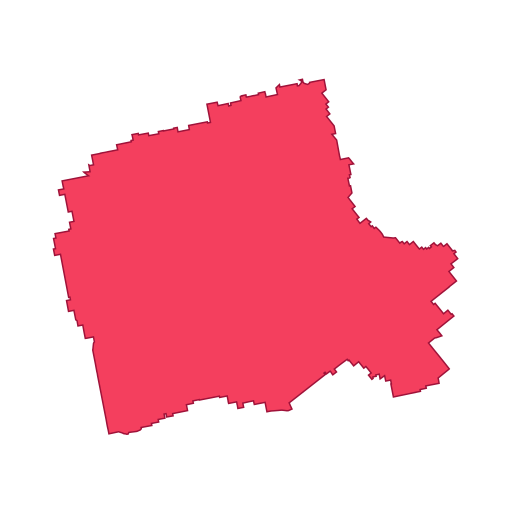 Quairading, Western Australia, Australia, rotated 169°
{"feature_id": "25037944B17943761568072", "entity_name": "Quairading", "entity_type": "district", "adm_level": 2, "iso_a3": "AUS", "parent_name": "Australia", "parent_adm1": "Western Australia", "projection": "orthographic", "projection_center": [117.41, -32.015], "detail": "fine", "context": "isolated", "style": "filled", "palette": "rose", "viewbox_px": 512, "rotation_deg": 169, "n_neighbors": 0, "source": "geoboundaries", "source_scale": "gbopen_adm2", "svg_char_len": 5712}
<svg xmlns="http://www.w3.org/2000/svg" viewBox="0 0 512 512"><g transform="rotate(169 256 256)"><path d="M155.5,416.2L170.2,416.2L170.2,415.7L171.1,415.1L172.7,414.6L175.8,416.3L176.7,417.8L176.7,420.6L179.6,420.5L178.1,419.3L178.1,417.7L178.5,417.5L178.8,417.0L181.4,415.0L182.9,415.1L182.8,417.3L200.3,417.3L200.3,419.8L204.3,417.2L204.1,410.4L215.8,410.2L215.8,411.8L215.8,413.1L215.8,413.6L216.0,414.7L216.0,415.6L222.7,415.4L222.7,413.9L227.1,413.8L227.3,413.9L228.5,413.9L229.6,413.9L230.4,413.8L232.0,413.8L232.5,413.8L233.1,413.8L234.3,413.8L235.2,413.9L235.2,416.1L239.3,416.0L239.3,415.7L240.8,415.7L241.0,415.4L241.1,415.0L241.2,414.6L241.1,411.4L251.8,411.1L251.8,408.6L254.2,408.5L254.2,411.0L264.6,410.8L264.8,414.4L275.2,414.4L275.2,395.8L278.2,395.8L278.2,397.0L297.2,397.0L297.3,392.8L308.9,392.8L308.8,397.2L312.4,397.2L312.4,396.4L321.6,396.4L322.2,396.4L323.0,396.4L323.0,396.8L328.1,396.8L328.1,394.5L338.3,394.6L338.3,397.2L348.2,397.3L348.2,398.8L354.6,398.8L354.5,396.8L354.5,393.2L356.6,393.2L356.6,391.9L371.6,391.8L371.5,386.6L389.0,386.6L389.0,386.4L398.1,386.4L398.1,376.5L401.8,376.5L402.7,377.3L402.8,370.5L402.8,370.4L407.0,370.9L408.5,371.1L409.0,371.2L408.6,370.6L405.1,366.7L407.2,366.7L426.5,366.7L432.0,366.7L432.0,361.2L431.9,361.2L431.9,358.5L437.3,358.6L437.3,353.0L431.9,353.0L431.9,347.6L431.9,343.8L431.9,335.0L428.1,335.0L428.1,324.7L432.6,324.7L432.6,317.9L434.7,317.9L434.7,316.2L449.0,316.3L449.0,311.8L451.4,311.8L451.4,301.4L453.5,301.5L453.5,295.0L447.6,295.0L447.7,273.9L447.8,251.3L447.8,251.1L446.5,251.1L446.5,248.4L450.5,248.4L450.6,237.4L445.1,237.4L445.1,233.2L445.1,231.9L445.1,230.9L445.1,229.5L445.1,227.9L445.0,227.7L444.9,227.5L444.7,227.4L444.6,227.2L444.4,227.1L444.2,226.9L444.1,226.7L444.0,226.4L444.1,221.3L439.2,221.3L439.3,213.5L439.3,213.3L439.3,213.1L439.3,212.8L439.3,212.6L439.3,212.4L439.3,211.2L439.3,207.7L436.9,207.6L431.3,207.6L431.0,207.6L431.0,202.5L431.4,202.2L431.9,201.7L432.0,201.5L432.2,201.2L432.3,200.8L432.9,198.9L433.7,196.2L434.1,195.1L434.2,194.8L434.2,194.5L434.2,194.1L434.2,193.7L434.2,193.4L434.2,191.8L434.2,191.1L434.2,181.0L434.3,172.8L434.2,171.1L434.3,168.7L434.3,165.5L434.3,164.4L434.3,158.2L434.3,149.2L434.3,146.8L434.3,133.5L434.3,130.8L434.3,128.7L434.3,124.5L434.4,119.0L434.4,116.6L434.3,113.3L434.3,112.0L434.3,109.5L424.4,109.7L422.6,108.7L421.4,108.1L421.0,107.8L420.6,107.6L420.4,107.4L420.1,107.1L419.9,107.0L419.8,106.9L419.5,106.8L419.4,106.7L419.1,106.6L418.6,106.5L418.0,106.3L417.2,105.8L415.7,105.6L415.4,105.7L414.6,107.0L414.4,107.1L407.0,106.6L406.6,106.6L406.3,106.6L403.4,107.2L403.2,107.2L403.0,107.3L402.9,107.3L401.7,108.2L401.6,108.3L401.5,108.5L401.5,109.6L390.6,109.5L390.6,111.6L383.2,111.6L383.2,114.2L376.4,114.2L376.4,118.4L374.4,118.4L374.4,115.0L367.9,114.9L367.9,117.2L352.7,117.3L352.7,118.3L352.7,123.3L345.6,123.4L345.6,125.8L339.1,125.9L339.1,125.4L318.7,125.4L318.7,124.1L311.0,124.1L311.0,120.0L311.0,119.9L311.0,118.5L311.1,118.4L311.0,116.5L304.2,116.5L302.9,116.5L302.8,115.2L302.9,114.8L302.9,114.1L302.8,113.2L302.9,109.8L297.0,109.8L297.0,114.1L290.2,114.3L286.1,114.3L286.0,110.6L275.0,110.6L275.0,101.0L273.0,101.0L271.1,101.0L269.9,100.9L268.4,100.7L267.5,100.6L265.8,100.4L263.1,100.1L261.8,100.0L260.3,99.8L260.1,99.8L257.9,99.1L255.5,98.3L253.8,98.0L249.9,98.9L250.9,102.8L251.3,104.9L251.5,105.5L210.7,126.4L210.9,126.8L211.1,127.5L211.4,127.9L211.6,128.1L211.4,128.2L210.4,128.7L210.0,128.0L209.4,126.8L205.2,128.8L204.7,128.0L203.6,125.3L203.3,124.7L199.1,126.8L200.7,130.1L198.1,131.4L195.4,132.8L191.7,134.6L186.2,137.2L185.5,135.6L184.6,136.1L181.1,129.5L175.4,132.6L171.6,125.3L169.2,126.6L167.5,123.5L167.4,123.3L167.3,123.1L165.3,119.2L168.3,117.6L165.8,112.8L164.4,113.5L164.4,114.9L164.3,115.0L161.0,115.0L161.0,116.4L157.6,116.5L157.6,111.7L152.6,114.0L152.5,108.5L147.5,108.5L147.5,104.6L148.0,104.6L148.0,91.4L120.4,91.8L120.4,93.6L114.1,93.7L114.1,96.1L100.6,96.1L100.5,98.1L100.5,101.5L87.9,108.2L87.8,108.3L93.0,118.3L93.1,118.5L93.7,119.5L94.0,120.2L95.0,122.1L99.3,130.1L100.2,131.8L103.3,137.7L96.3,141.4L96.0,141.4L94.6,141.4L92.9,141.6L90.8,141.9L88.8,142.2L90.6,145.7L91.7,147.6L92.0,148.3L92.5,149.1L80.1,155.7L73.2,159.3L74.6,161.9L75.5,161.5L78.0,166.2L82.9,163.5L89.2,175.4L90.9,174.5L92.8,178.1L86.9,181.2L72.2,188.8L72.2,189.0L64.0,193.2L69.6,204.0L64.0,206.9L66.1,211.1L58.5,214.9L61.3,220.5L58.9,221.7L59.8,223.6L62.2,223.5L62.5,224.2L62.4,224.3L66.2,231.6L70.0,229.6L70.3,229.8L72.1,233.3L75.8,231.4L76.9,232.3L77.6,232.9L77.9,233.2L77.9,233.4L78.8,235.0L82.9,232.9L82.1,231.5L84.3,230.3L84.9,231.5L87.1,230.3L87.9,231.9L90.3,230.6L91.6,233.1L94.3,231.7L94.9,232.7L98.8,240.2L103.2,237.9L105.0,241.4L108.2,239.7L109.6,242.3L110.1,242.2L110.3,242.2L110.7,242.1L111.4,241.7L111.9,241.5L112.4,241.2L115.6,247.3L117.6,247.4L118.0,247.5L118.3,247.6L118.7,247.7L119.9,248.1L121.3,248.5L122.6,248.9L127.0,250.2L127.7,252.7L127.9,253.2L128.0,253.5L128.1,253.9L128.3,254.2L129.2,256.0L129.9,257.2L130.4,258.0L130.9,258.7L132.8,261.4L133.0,261.4L134.7,260.5L135.5,262.2L136.1,263.4L137.4,262.8L139.2,266.2L137.2,267.3L136.9,267.5L137.2,267.8L138.3,268.9L138.6,269.0L138.9,269.3L139.2,269.5L139.4,270.0L140.5,271.9L147.7,268.2L150.0,273.0L147.5,274.2L148.9,276.8L152.6,284.0L149.3,285.7L154.5,295.9L149.8,299.6L149.8,306.9L150.9,306.9L151.0,314.6L150.8,314.5L150.4,314.5L150.1,314.6L148.7,315.0L148.8,317.9L147.3,317.9L147.4,327.8L142.6,327.8L143.6,329.5L145.5,333.2L146.4,334.7L154.8,334.6L154.8,337.3L154.9,337.5L154.7,354.4L158.3,361.0L154.5,361.0L154.5,368.8L160.1,379.5L156.4,381.4L159.2,386.9L156.5,388.3L158.4,391.8L155.2,393.5L160.3,403.3L155.5,405.8L155.5,416.2Z" fill="#f43f5e" stroke="#9f1239" stroke-width="1.5"/></g></svg>